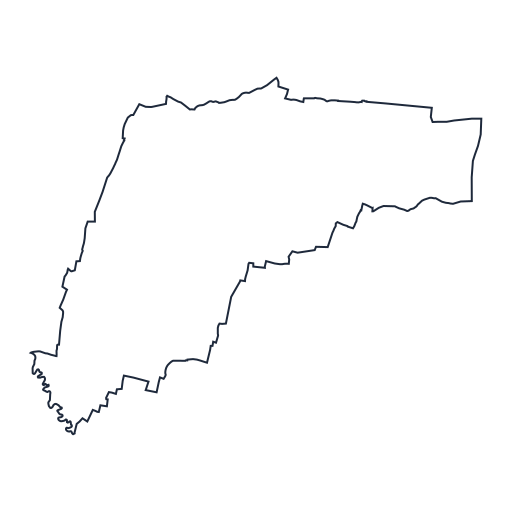 the district of Santo Tomás, Atlántico, Colombia
{"feature_id": "7082276B26662960638408", "entity_name": "Santo Tomás", "entity_type": "district", "adm_level": 2, "iso_a3": "COL", "parent_name": "Colombia", "parent_adm1": "Atlántico", "projection": "orthographic", "projection_center": [-74.801, 10.735], "detail": "fine", "context": "isolated", "style": "outline", "palette": "slate", "viewbox_px": 512, "rotation_deg": 0, "n_neighbors": 0, "source": "geoboundaries", "source_scale": "gbopen_adm2", "svg_char_len": 5867}
<svg xmlns="http://www.w3.org/2000/svg" viewBox="0 0 512 512"><path d="M471.8,201.1L471.7,177.3L472.9,160.9L475.0,154.3L478.0,145.9L480.7,134.5L481.3,118.7L471.5,118.7L454.1,120.5L446.7,121.8L438.0,121.8L432.6,122.0L430.8,117.0L431.8,107.8L385.2,103.4L366.5,101.8L366.5,101.3L364.8,101.2L364.4,101.0L364.2,100.7L362.2,100.7L361.6,101.5L361.6,102.0L361.1,101.9L358.4,102.4L356.4,102.3L355.1,102.1L350.1,101.7L338.1,101.0L338.1,100.6L334.4,100.3L331.6,100.3L330.2,100.5L328.9,100.8L327.4,101.3L326.9,101.3L326.2,101.0L324.6,99.8L323.6,99.4L321.9,98.9L320.3,98.5L317.1,98.3L315.2,97.9L314.4,98.1L314.2,98.3L303.9,98.3L303.8,98.6L303.3,102.0L300.3,101.4L296.4,100.0L295.3,99.8L293.7,99.6L292.0,99.7L291.6,99.8L290.9,99.8L285.1,98.4L287.0,94.0L288.1,89.6L278.4,86.5L278.5,83.1L278.4,81.7L277.7,79.8L276.5,77.8L274.0,79.6L267.0,85.2L261.3,88.4L260.9,88.5L258.0,88.6L257.4,88.7L254.8,89.9L249.1,92.9L248.3,92.9L247.0,92.7L245.4,92.7L244.2,92.9L242.7,93.4L241.8,93.9L239.0,96.9L237.0,98.5L235.3,99.6L234.7,99.8L232.1,99.9L229.6,100.2L226.0,101.6L224.3,102.2L220.5,102.8L219.0,102.9L218.7,102.5L215.9,101.4L215.4,101.4L213.6,101.9L212.6,101.8L211.1,101.2L209.8,101.3L208.9,101.7L206.3,103.4L204.0,104.7L202.6,105.1L199.5,105.4L198.1,105.9L197.3,106.3L195.6,107.7L195.1,108.3L194.5,109.5L191.1,109.3L189.9,109.5L185.3,105.8L181.0,102.5L178.1,101.6L173.2,99.0L170.6,97.3L168.7,96.6L167.2,95.8L166.5,96.8L166.6,97.4L166.5,99.2L166.1,101.7L166.0,103.9L152.4,106.8L151.1,107.0L145.7,106.8L139.3,104.2L133.3,115.0L131.9,115.0L130.8,115.2L127.8,117.6L124.7,124.1L123.7,127.4L123.1,130.5L122.7,138.2L124.6,138.5L123.9,140.4L124.2,140.7L124.0,140.9L122.7,143.3L121.3,146.2L119.6,151.6L118.7,154.3L117.0,159.7L115.5,162.9L115.2,163.8L114.1,166.0L113.2,168.0L110.3,173.5L109.1,175.3L107.2,177.5L102.6,191.8L99.4,200.3L94.8,211.8L94.9,221.6L87.7,221.6L85.4,228.3L84.7,238.2L84.1,242.0L83.8,243.6L82.9,246.5L82.8,247.1L82.2,249.3L82.2,249.8L82.7,250.7L82.7,250.9L81.7,253.3L80.7,256.7L80.3,258.3L79.9,261.1L76.4,261.3L74.8,270.3L72.0,271.2L71.3,271.3L70.7,271.0L68.1,268.7L67.8,269.4L67.3,272.1L67.1,272.9L65.5,275.5L64.6,276.5L62.4,286.7L67.0,289.7L66.0,291.8L63.2,299.7L60.6,305.5L59.7,307.8L62.4,310.2L62.8,310.8L63.1,311.7L63.1,313.2L62.7,317.2L61.4,321.8L60.2,330.7L59.0,344.7L57.7,344.7L57.3,344.9L57.1,345.5L57.0,348.9L56.5,350.9L56.6,354.7L56.5,356.1L55.6,356.0L54.4,355.6L51.1,354.8L47.4,353.5L45.4,353.3L40.0,351.4L38.4,351.3L33.9,351.8L32.1,352.2L30.8,352.7L30.7,352.8L31.4,353.0L32.8,353.6L34.2,354.7L34.7,355.3L35.2,356.1L35.4,357.4L35.3,358.8L34.5,360.7L34.3,364.1L32.9,366.9L32.6,368.2L32.7,373.1L33.5,373.9L34.4,373.9L35.0,373.3L36.9,370.1L37.4,369.5L38.4,369.4L39.0,370.1L39.1,370.9L39.7,372.0L40.4,372.3L41.2,372.4L41.7,372.7L41.8,373.2L41.5,374.3L40.6,374.6L38.0,376.3L37.8,376.9L38.2,377.6L38.9,377.5L40.0,377.7L41.3,377.2L42.9,376.9L44.1,376.9L44.7,377.7L45.0,378.8L44.9,380.0L42.8,383.8L42.8,384.4L43.1,384.8L43.6,385.1L44.3,384.8L44.8,384.1L45.5,383.9L45.8,384.1L46.2,384.7L46.9,385.2L48.5,384.8L48.7,385.4L48.5,386.2L47.4,386.7L44.7,387.5L43.8,388.5L43.1,389.4L43.2,389.9L44.5,390.7L45.4,390.9L46.2,391.6L47.4,392.0L48.8,391.2L49.4,391.2L49.9,391.5L50.3,392.2L50.4,392.9L50.2,394.2L49.9,400.1L48.4,402.3L48.3,403.0L48.4,403.9L48.9,406.1L50.3,407.9L51.1,408.0L51.8,407.6L52.5,406.9L53.6,404.9L54.9,404.0L55.9,403.9L56.7,404.2L58.6,405.3L59.8,406.7L60.3,407.1L61.7,407.6L61.8,408.2L61.3,408.8L57.6,410.3L57.3,410.8L57.7,411.5L58.4,412.3L58.9,413.2L59.5,413.9L60.3,414.4L61.8,414.6L62.5,415.2L62.6,415.9L62.2,416.5L61.0,417.2L59.3,417.4L58.5,417.7L58.2,418.3L58.2,418.9L58.5,419.6L58.8,420.1L60.1,421.0L60.8,421.2L61.8,421.2L63.8,420.8L64.7,420.4L65.8,419.5L66.4,419.6L66.9,420.1L67.0,422.2L67.8,422.6L68.8,422.1L69.6,421.4L70.3,421.4L70.7,422.0L71.0,424.6L71.6,425.0L71.8,425.5L71.8,426.3L71.4,426.9L70.3,427.5L68.6,428.1L67.7,428.0L66.9,427.7L66.3,428.0L66.0,428.6L66.0,429.4L66.3,430.1L67.0,430.8L67.6,431.2L69.2,431.6L69.9,431.3L70.5,431.2L71.2,431.4L71.7,432.2L72.1,433.2L72.9,434.1L73.1,434.2L74.5,433.5L74.4,433.3L76.7,423.9L79.5,421.6L82.5,418.3L87.3,421.5L92.8,409.9L95.4,410.9L97.2,411.8L98.8,412.0L100.4,405.3L106.9,406.3L107.7,399.4L106.3,399.2L106.1,397.9L108.9,392.1L111.8,392.6L115.9,393.9L116.9,389.3L121.7,388.9L122.7,380.8L123.9,375.6L133.5,377.6L148.5,381.6L145.7,390.1L156.6,392.3L158.8,381.9L160.0,377.4L163.6,378.8L165.2,376.2L165.7,374.9L165.3,373.2L165.3,371.9L165.6,369.9L166.3,367.6L167.4,365.6L168.2,364.6L169.8,363.0L171.2,361.8L172.6,360.9L173.6,360.7L185.3,360.8L185.6,360.4L187.3,360.4L187.4,359.6L193.0,359.1L196.9,359.6L200.1,360.5L203.5,361.6L207.0,362.7L210.1,349.9L210.7,345.9L212.5,345.9L213.2,341.7L216.0,342.7L218.0,335.9L218.1,335.2L217.8,333.8L217.8,327.9L218.4,325.5L219.5,323.6L222.1,323.9L225.9,323.6L231.2,296.8L240.0,281.5L240.3,280.4L245.0,281.1L245.1,279.2L245.7,276.7L247.6,270.4L248.5,263.9L249.2,262.8L253.3,263.3L253.3,266.6L264.9,267.8L264.8,266.6L266.1,261.1L274.8,263.5L279.9,264.2L282.2,264.2L284.3,263.8L286.9,263.7L288.8,263.8L289.2,259.5L288.6,256.7L292.4,251.3L297.6,252.7L314.7,250.1L316.0,246.8L327.7,247.1L332.5,232.6L333.4,230.8L334.2,228.7L335.7,226.1L335.8,223.4L337.4,222.1L343.3,224.8L347.5,226.1L347.7,226.6L353.0,228.3L354.3,226.1L355.6,222.7L356.3,221.6L357.3,216.8L359.0,213.3L360.0,211.8L360.7,210.2L361.3,210.4L362.2,205.9L362.8,203.7L365.0,204.4L367.2,205.4L371.9,207.8L372.3,208.0L372.6,207.9L372.4,211.3L373.2,211.3L374.1,210.8L378.8,207.8L381.9,206.6L383.6,206.0L394.7,206.3L395.4,206.5L395.6,206.7L399.1,208.3L404.2,209.7L407.1,211.0L407.9,210.9L409.0,210.4L409.3,210.0L410.6,209.2L412.5,208.7L413.4,208.5L414.1,208.1L414.5,207.7L415.7,207.0L416.8,206.0L417.9,204.4L418.8,203.7L422.0,200.7L424.3,199.6L429.8,197.8L431.7,197.8L434.2,198.3L435.7,198.2L441.9,201.7L445.9,202.8L448.8,203.1L450.3,203.5L453.0,203.8L460.7,201.5L471.8,201.1Z" fill="none" stroke="#1e293b" stroke-width="2"/></svg>